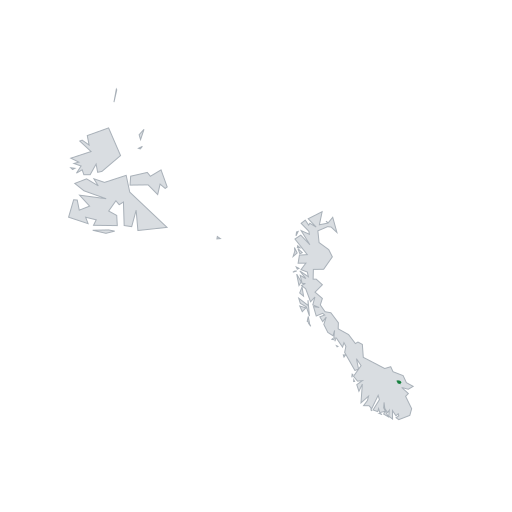 Ullensaker nor, Akershus, Norway shown in context, rotated 297°
{"feature_id": "86288312B44440966574319", "entity_name": "Ullensaker nor", "entity_type": "district", "adm_level": 2, "iso_a3": "NOR", "parent_name": "Norway", "parent_adm1": "Akershus", "projection": "mercator", "projection_center": [11.196, 60.154], "detail": "fine", "context": "in_parent", "style": "filled", "palette": "green", "viewbox_px": 512, "rotation_deg": 297, "n_neighbors": 0, "source": "geoboundaries", "source_scale": "gbopen_adm2", "svg_char_len": 4473}
<svg xmlns="http://www.w3.org/2000/svg" viewBox="0 0 512 512"><g transform="rotate(297 256 256)"><path d="M270.1,313.2L261.3,317.4L262.7,320.2L260.5,328.2L250.6,325.0L248.3,334.4L241.6,335.5L237.7,342.8L239.4,348.5L233.9,359.7L228.4,362.3L228.0,374.2L223.1,384.3L225.6,385.9L225.5,390.9L214.4,397.6L214.2,421.8L218.5,426.3L215.1,430.6L216.2,441.4L211.4,447.5L211.2,455.2L206.4,452.2L205.0,445.5L202.6,454.2L198.9,453.0L190.6,464.0L183.8,465.4L175.0,457.5L175.5,454.2L178.4,455.8L180.0,454.3L177.2,453.2L180.2,447.8L172.7,451.7L173.7,446.9L179.1,444.8L176.2,444.3L178.7,439.9L183.7,436.6L178.7,438.6L172.8,446.9L173.1,441.6L176.0,441.2L172.7,437.4L175.7,434.5L172.6,435.1L172.0,430.2L184.0,431.2L187.3,428.1L172.5,428.4L173.9,424.7L171.5,419.8L177.9,420.9L182.2,419.9L172.8,416.2L190.2,408.9L182.2,409.1L187.1,404.2L193.3,407.4L190.6,403.3L193.1,397.5L206.0,399.4L210.1,392.1L201.8,398.7L198.9,396.1L210.3,378.8L216.3,377.1L218.7,373.7L214.1,374.5L219.4,364.8L218.0,362.7L225.4,359.8L219.9,360.8L220.5,354.7L225.8,347.5L233.5,346.3L227.8,345.2L230.8,340.5L234.6,344.0L235.2,341.4L229.9,336.9L237.0,330.2L238.8,335.7L238.2,328.8L246.2,327.1L240.0,325.4L249.4,315.1L250.4,309.9L253.9,312.5L252.5,309.5L258.8,304.2L258.5,310.7L262.6,301.8L261.3,312.1L265.0,309.0L264.3,302.3L272.3,303.7L268.7,296.8L276.5,294.3L280.5,301.1L288.8,283.0L294.9,286.4L290.5,298.9L299.1,284.7L299.6,293.7L302.0,291.9L305.6,281.4L310.3,283.6L307.4,288.9L309.6,289.1L309.1,296.5L312.9,285.6L325.5,294.8L312.6,298.3L318.0,305.2L325.3,306.8L313.7,317.4L315.9,309.8L314.7,306.5L306.5,299.7L296.6,306.1L294.7,317.9L289.9,324.4L274.9,322.3L270.1,313.2ZM238.4,61.6L247.8,70.0L246.9,83.6L251.2,76.5L252.8,87.6L268.9,103.7L255.6,114.5L241.1,163.7L225.1,139.2L242.4,128.4L225.7,131.9L223.3,124.7L243.9,113.4L239.6,110.8L241.6,106.1L229.2,104.3L228.9,113.5L220.1,118.6L209.6,97.3L215.7,97.2L213.2,86.6L208.6,91.7L205.5,71.4L223.3,68.0L224.7,71.3L216.6,77.7L224.9,85.1L230.1,71.2L239.0,96.5L236.0,73.1L238.4,61.6ZM259.1,46.6L274.2,61.6L278.4,46.8L280.3,48.5L279.1,56.9L286.7,51.0L303.2,66.5L284.0,89.7L261.4,80.3L258.7,76.9L265.3,71.8L253.1,71.3L250.3,65.7L253.9,62.0L248.3,58.4L256.8,59.3L255.8,51.8L259.2,55.5L259.1,46.6ZM270.2,108.1L281.1,121.2L279.1,125.7L289.6,132.3L277.2,145.5L275.0,144.4L276.5,137.9L266.1,140.5L270.4,127.6L262.0,111.6L270.2,108.1ZM235.6,324.9L240.2,322.4L226.7,330.9L233.5,324.0L233.9,317.0L237.8,313.2L235.6,324.9ZM242.9,311.7L249.3,311.1L241.8,316.6L242.9,311.7ZM249.2,307.7L258.3,300.5L253.5,308.0L249.2,307.7ZM204.8,98.8L212.3,112.8L214.0,118.8L208.1,112.0L204.8,98.8ZM231.3,317.7L232.4,324.0L227.4,322.5L231.3,317.7ZM281.0,286.4L277.4,291.3L272.4,289.3L278.2,288.3L281.0,286.4ZM281.6,290.0L280.0,295.7L277.9,294.1L281.6,290.0ZM221.0,331.3L225.9,330.0L220.6,334.0L221.0,331.3ZM340.8,56.5L328.6,59.6L341.3,55.8L340.8,56.5ZM311.0,96.8L318.0,98.7L307.3,100.3L311.0,96.8ZM292.1,282.5L295.8,281.2L297.0,282.4L292.1,282.5ZM284.1,288.5L283.3,291.6L282.3,289.0L284.1,288.5ZM264.5,296.8L264.5,299.9L263.0,298.8L264.5,296.8ZM255.8,212.7L255.3,216.3L253.5,213.4L255.8,212.7ZM302.1,105.0L298.9,104.3L298.6,102.4L302.1,105.0ZM207.5,378.7L208.5,380.7L205.9,380.3L207.5,378.7ZM258.3,296.2L260.1,297.3L261.2,299.1L258.3,296.2ZM250.5,50.9L251.9,54.8L249.8,53.3L250.5,50.9ZM194.3,396.2L191.4,396.4L194.4,395.3L194.3,396.2ZM190.1,399.3L189.0,400.8L188.5,400.0L190.1,399.3ZM219.8,334.6L218.2,336.7L220.0,333.1L219.8,334.6ZM172.2,438.0L171.9,440.3L171.7,437.3L172.2,438.0ZM216.7,363.1L216.1,361.5L217.0,361.6L216.7,363.1ZM318.8,302.5L318.4,304.8L318.3,304.4L318.8,302.5ZM217.6,364.7L215.9,365.1L217.9,364.3L217.6,364.7ZM212.6,368.4L212.7,370.0L211.9,369.5L212.6,368.4ZM171.4,428.2L170.7,429.7L170.9,428.5L171.4,428.2Z" fill="#d9dde1" stroke="#a8b0b8" stroke-width="1"/><path d="M208.0,442.0L208.3,442.0L208.5,442.0L208.5,441.9L208.5,442.0L208.8,442.0L208.7,442.0L208.8,441.9L209.0,441.8L209.1,442.0L209.2,441.9L209.3,441.8L209.3,441.7L209.4,441.4L209.4,441.2L209.2,441.2L209.3,441.2L209.3,440.9L209.3,440.7L209.2,440.5L209.2,440.4L209.3,440.4L209.3,440.2L209.2,440.2L209.0,439.9L209.0,440.0L208.9,440.0L208.9,439.9L208.8,440.0L208.7,440.0L208.7,439.9L208.6,439.7L208.6,439.8L208.4,439.8L208.4,439.7L208.5,439.7L208.4,439.7L208.3,439.8L208.2,439.8L208.2,439.7L208.0,439.9L207.9,440.2L207.9,440.3L207.7,440.3L207.7,440.5L207.8,440.5L207.7,440.7L207.8,440.8L207.9,441.0L207.9,441.3L208.0,441.3L208.0,441.5L208.0,441.8L208.0,442.0L208.0,442.0Z" fill="#22c55e" stroke="#15803d" stroke-width="1.5"/></g></svg>